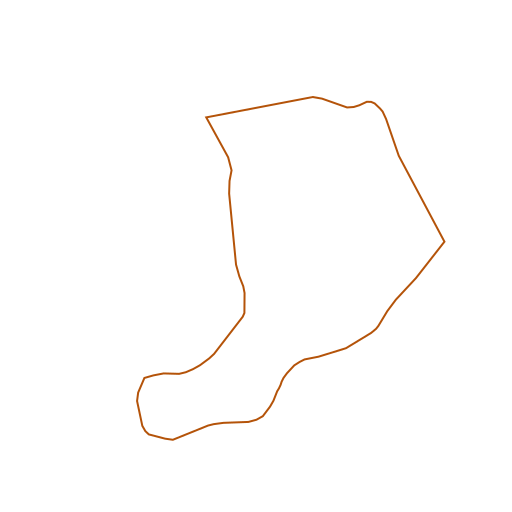 map outline of Nonthaburi (Mercator projection), rotated 243°
{"feature_id": "THA-417", "entity_name": "Nonthaburi", "entity_type": "Province", "adm_level": 1, "iso_a3": "THA", "parent_name": "Thailand", "parent_adm1": "", "projection": "mercator", "projection_center": [100.359, 13.966], "detail": "fine", "context": "isolated", "style": "outline", "palette": "amber", "viewbox_px": 512, "rotation_deg": 243, "n_neighbors": 0, "source": "natural_earth", "source_scale": "10m", "svg_char_len": 950}
<svg xmlns="http://www.w3.org/2000/svg" viewBox="0 0 512 512"><g transform="rotate(243 256 256)"><path d="M156.3,77.6L180.8,84.2L187.8,89.0L198.0,101.2L196.2,110.4L193.3,120.4L185.9,134.0L184.3,140.7L183.8,148.6L184.1,156.4L186.0,167.8L187.8,174.2L207.9,216.6L210.5,219.8L228.2,229.0L234.8,230.9L245.4,231.9L257.4,234.3L323.8,260.4L334.9,266.5L343.4,273.1L356.6,276.0L402.1,274.6L371.9,378.7L366.3,386.2L347.0,404.6L344.4,410.7L343.4,416.5L343.1,424.7L341.1,428.5L338.1,431.0L331.0,433.5L327.2,434.4L319.0,434.1L280.5,428.7L183.2,430.4L163.7,388.5L153.6,360.8L147.3,348.0L138.1,333.2L136.6,329.9L135.2,323.7L133.0,294.3L137.9,266.0L141.8,252.3L141.8,246.8L141.2,240.5L137.5,230.4L134.9,225.2L132.4,221.8L130.0,219.4L127.6,216.3L125.9,213.5L119.1,205.8L115.4,200.1L110.2,189.4L109.9,182.1L111.6,173.9L122.1,151.3L125.4,141.9L126.7,136.3L130.0,98.5L134.5,92.1L145.7,79.5L150.2,77.9L156.3,77.6Z" fill="none" stroke="#b45309" stroke-width="2"/></g></svg>